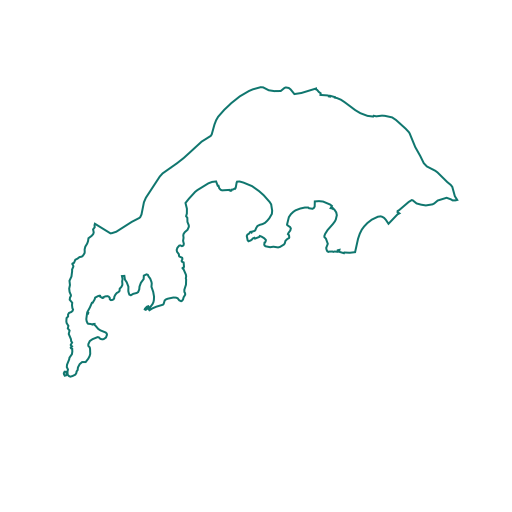 Woollahra, Australia (Natural Earth projection), rotated 200°
{"feature_id": "25037944B50824863548632", "entity_name": "Woollahra", "entity_type": "district", "adm_level": 2, "iso_a3": "AUS", "parent_name": "Australia", "parent_adm1": "", "projection": "natural_earth1", "projection_center": [151.265, -33.862], "detail": "fine", "context": "isolated", "style": "outline", "palette": "teal", "viewbox_px": 512, "rotation_deg": 200, "n_neighbors": 0, "source": "geoboundaries", "source_scale": "gbopen_adm2", "svg_char_len": 6133}
<svg xmlns="http://www.w3.org/2000/svg" viewBox="0 0 512 512"><g transform="rotate(200 256 256)"><path d="M193.4,428.0L193.6,427.1L199.2,425.8L206.9,425.9L212.6,427.0L225.5,430.9L229.7,431.9L233.8,432.1L236.1,431.8L236.2,432.3L241.0,431.9L240.9,431.1L242.0,430.9L242.1,431.5L243.9,431.3L250.5,429.4L250.9,431.0L253.2,431.7L255.4,433.0L256.6,433.1L256.9,433.9L269.1,424.7L275.3,421.3L280.5,424.4L282.7,425.1L285.6,424.6L286.7,423.7L289.2,419.5L295.2,417.2L300.7,416.1L307.0,416.9L309.4,416.2L316.0,411.5L319.0,408.7L325.8,400.5L331.5,391.2L335.8,382.6L339.2,373.9L339.9,370.0L340.0,365.4L339.2,355.1L339.6,353.4L346.2,344.9L357.3,323.6L361.9,316.2L372.0,301.7L373.6,297.8L379.4,273.1L379.7,268.2L377.8,255.8L378.1,252.8L378.7,251.8L384.4,245.6L395.6,231.0L399.2,228.2L400.5,227.5L418.4,231.2L418.3,229.8L417.4,227.8L418.2,225.3L416.6,222.7L416.5,221.8L416.5,220.8L417.4,218.6L419.5,215.4L418.9,212.4L418.9,209.9L419.6,206.4L419.3,203.6L418.3,201.1L418.1,199.9L418.7,197.2L419.5,195.8L421.5,194.6L422.8,192.5L424.5,190.7L424.7,187.3L425.8,186.3L425.9,185.7L424.6,184.6L424.0,183.6L424.2,180.4L423.6,178.9L422.4,173.6L422.8,168.9L420.9,165.1L420.4,161.5L418.9,158.5L416.5,155.9L416.3,154.7L416.6,153.5L416.1,151.2L412.7,149.2L412.1,146.9L410.7,144.2L409.6,143.1L409.6,141.7L410.4,140.2L412.2,138.6L412.6,136.8L411.9,134.9L412.8,132.9L411.9,129.8L411.0,128.2L408.4,126.2L408.1,123.6L405.7,122.2L405.3,118.7L401.5,114.6L400.5,112.7L399.2,111.8L399.7,109.1L399.3,108.5L398.0,108.2L398.7,106.4L398.2,106.0L397.0,106.0L395.9,103.3L395.4,100.8L396.5,96.7L396.2,94.9L396.4,89.2L395.8,86.9L393.9,85.1L393.6,82.8L392.4,80.0L390.7,79.2L389.2,79.1L387.3,80.5L385.2,82.7L384.8,84.6L385.1,86.2L384.6,87.8L385.2,90.4L384.7,94.1L383.1,96.9L379.8,98.1L378.5,102.1L378.1,105.1L378.3,107.3L380.1,111.8L381.0,113.3L382.6,114.0L383.1,114.8L383.4,115.9L383.1,119.2L381.2,121.9L377.1,125.6L375.9,125.8L373.9,124.9L372.0,125.1L370.7,125.8L369.1,128.1L369.1,131.0L369.8,132.1L371.1,132.7L376.7,132.9L379.3,133.5L383.2,135.7L384.5,136.1L384.6,136.9L385.8,136.4L386.2,135.6L388.0,135.6L390.6,134.9L391.4,135.3L392.9,136.9L393.9,138.7L395.1,144.2L394.1,144.4L394.2,145.2L395.2,145.0L395.3,145.6L394.5,150.8L394.2,155.9L393.5,156.2L392.8,159.9L392.9,161.9L390.8,164.2L389.5,165.2L388.9,165.3L388.6,164.5L385.9,164.0L385.2,164.5L385.4,165.0L383.8,166.5L381.7,167.5L380.4,167.4L379.2,166.7L378.6,165.4L377.4,164.9L376.2,165.4L375.1,166.5L374.8,167.6L375.2,169.3L374.9,171.6L374.2,173.6L372.8,175.2L372.3,176.6L372.9,178.7L372.0,180.7L371.7,182.7L371.9,183.8L373.1,186.4L373.5,188.7L375.1,191.3L372.9,192.3L371.1,189.0L368.5,187.1L365.4,183.5L364.0,179.4L363.1,178.0L361.8,176.4L360.2,176.3L358.5,178.4L355.4,180.5L354.4,181.8L354.3,184.7L355.0,187.4L355.0,191.5L353.7,195.9L354.7,199.2L352.6,201.3L351.2,201.3L349.9,200.0L347.7,198.6L345.4,195.9L344.6,194.6L343.7,191.3L340.3,187.1L337.9,182.9L336.9,179.7L336.6,177.5L336.8,175.4L338.3,170.4L338.3,169.1L337.6,168.6L335.4,171.4L332.3,174.3L326.8,178.4L326.4,179.4L326.6,183.0L325.7,184.5L324.3,185.7L319.5,188.7L317.0,189.5L315.2,189.5L313.0,188.1L310.9,187.9L310.4,188.3L309.7,190.1L309.9,192.4L309.3,195.4L309.9,196.8L311.0,197.7L311.8,199.8L312.0,205.1L313.6,210.0L314.3,211.0L314.7,213.1L315.5,214.5L319.4,218.6L320.8,219.3L320.9,219.8L320.0,220.3L320.0,221.3L321.8,225.2L323.6,225.3L324.2,225.9L324.1,228.0L324.8,229.1L327.8,229.3L328.4,229.8L329.1,231.3L331.7,233.0L332.6,234.5L332.7,236.8L331.7,239.5L330.7,240.1L329.0,239.9L328.1,240.7L327.8,241.5L328.0,242.8L329.7,245.3L330.3,248.3L331.4,250.5L331.6,251.9L331.1,254.0L329.3,257.2L329.1,260.5L329.7,261.9L332.1,264.6L333.6,268.4L335.3,269.5L335.5,272.3L337.1,276.8L340.4,281.7L338.6,287.0L335.1,295.5L333.6,297.9L325.6,308.0L322.6,310.6L319.0,312.4L316.0,308.9L315.3,309.2L313.6,307.0L311.8,306.1L310.3,306.1L303.4,309.1L303.2,308.6L301.9,308.6L301.4,309.2L301.4,310.1L300.1,310.8L299.1,312.1L298.7,312.0L298.4,313.1L299.3,318.4L299.2,319.4L296.9,320.4L292.9,320.7L283.6,320.3L275.3,318.0L269.5,315.7L261.6,311.4L259.4,309.7L256.3,304.1L255.5,301.0L256.4,296.0L257.5,293.0L258.9,290.2L260.8,288.2L263.1,286.6L264.9,284.7L265.4,282.3L265.5,279.8L266.3,278.8L268.1,277.5L268.2,276.6L269.1,277.0L269.7,276.5L270.1,274.8L271.4,273.1L271.5,271.6L269.2,267.9L268.1,267.3L266.4,268.7L265.5,270.0L265.0,271.4L263.7,272.6L262.9,272.0L259.5,275.0L259.3,276.1L257.3,276.1L254.4,275.5L252.3,274.5L252.0,273.8L252.0,272.6L252.1,271.9L252.6,271.5L252.1,269.4L251.4,268.7L250.3,268.4L245.7,269.1L242.8,270.7L238.2,271.6L236.5,272.8L233.7,276.3L233.3,277.6L233.5,280.3L232.5,282.5L231.1,284.2L231.1,284.9L232.1,286.8L233.5,287.5L233.3,289.1L232.5,291.7L232.7,293.8L233.8,294.8L237.2,295.7L237.6,296.2L238.4,303.8L237.5,307.3L236.0,310.3L234.5,312.4L230.7,315.7L226.6,318.3L223.5,319.4L222.6,319.0L219.0,319.7L218.0,321.1L217.8,322.6L219.4,327.4L215.6,329.1L211.6,330.1L203.9,329.7L201.8,329.0L202.2,326.5L201.4,326.6L201.1,327.6L200.8,327.5L200.9,326.9L200.0,326.6L199.8,327.1L197.9,326.2L195.5,324.4L194.0,322.0L193.5,317.6L193.7,315.6L194.7,312.3L197.6,304.9L198.6,300.4L198.6,298.2L198.2,297.2L196.2,296.2L192.7,292.0L192.8,287.6L191.9,286.1L190.6,284.8L189.4,284.6L188.9,285.1L185.6,286.4L184.8,286.3L183.7,287.1L181.0,287.8L181.2,289.3L179.7,290.3L179.5,288.4L174.3,288.7L174.2,289.5L169.0,291.1L164.2,293.5L166.0,307.1L166.1,312.5L165.6,317.0L164.5,320.7L162.6,325.1L160.5,328.4L159.7,329.7L154.9,334.6L152.4,335.9L150.7,336.0L148.6,335.6L146.5,334.5L142.5,331.6L137.3,343.5L135.9,345.1L138.0,345.6L138.3,346.7L137.2,348.0L131.0,359.0L128.8,361.8L127.7,361.9L123.1,360.3L118.4,360.7L113.7,361.6L107.8,364.9L106.5,366.3L104.2,370.3L96.8,375.9L92.2,375.9L90.3,375.5L87.7,376.4L86.1,377.5L89.6,380.2L95.2,388.1L97.3,389.4L101.6,390.9L114.0,396.6L116.7,397.4L126.1,398.6L130.1,400.6L135.9,406.2L143.6,412.8L153.5,423.7L154.6,424.6L158.9,426.8L171.0,431.7L175.5,432.8L182.8,431.8L185.6,431.0L190.7,428.4L193.4,428.0ZM394.9,82.2L396.3,81.8L396.5,80.1L396.0,79.2L394.8,78.1L393.5,79.0L393.3,79.5L394.5,82.0L394.9,82.2ZM340.0,172.0L341.2,171.0L342.3,168.5L342.3,167.8L341.2,167.7L340.0,169.5L339.4,171.5L340.0,172.0Z" fill="none" stroke="#0f766e" stroke-width="2"/></g></svg>